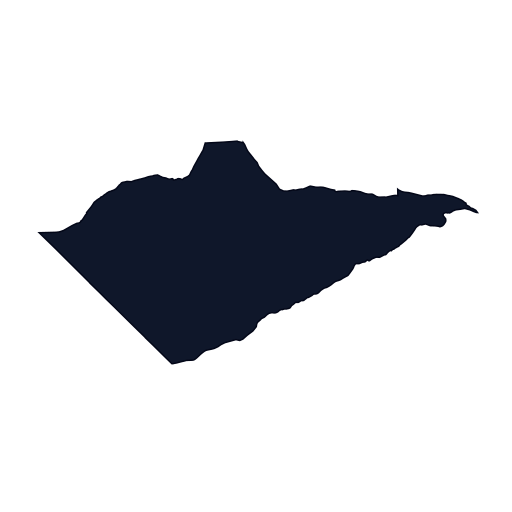 outline of Ixtenco, Tlaxcala, Mexico, rotated 184°
{"feature_id": "50627088B21449588442490", "entity_name": "Ixtenco", "entity_type": "district", "adm_level": 2, "iso_a3": "MEX", "parent_name": "Mexico", "parent_adm1": "Tlaxcala", "projection": "orthographic", "projection_center": [-97.922, 19.26], "detail": "fine", "context": "isolated", "style": "filled", "palette": "ink", "viewbox_px": 512, "rotation_deg": 184, "n_neighbors": 0, "source": "geoboundaries", "source_scale": "gbopen_adm2", "svg_char_len": 6054}
<svg xmlns="http://www.w3.org/2000/svg" viewBox="0 0 512 512"><g transform="rotate(184 256 256)"><path d="M419.8,217.4L409.6,208.8L402.7,202.8L393.7,195.2L371.8,176.4L361.3,167.5L360.7,166.8L352.5,159.9L341.1,150.1L332.4,142.7L331.3,142.8L330.1,143.2L327.7,143.8L325.1,144.7L322.4,145.6L320.7,146.1L318.1,147.0L313.4,147.5L312.0,147.7L310.8,148.0L309.5,148.9L307.9,150.4L306.6,151.8L304.6,154.0L302.6,155.9L301.0,157.3L299.5,158.3L297.8,158.9L293.5,160.1L291.2,160.9L287.6,162.9L284.9,165.1L281.0,167.4L270.2,171.2L266.3,170.6L263.3,172.2L259.2,176.4L253.9,181.0L250.8,185.5L250.6,187.7L250.5,188.4L249.9,189.9L249.2,190.6L247.9,191.9L247.5,192.3L247.2,192.6L246.8,193.1L246.5,193.6L246.0,194.1L245.4,194.4L244.7,194.8L243.5,195.5L242.6,196.4L241.2,198.0L239.1,199.7L236.6,200.5L235.2,200.6L234.6,200.5L233.7,200.5L232.5,200.7L231.2,201.3L229.9,202.2L229.4,202.9L228.1,203.8L227.5,204.2L226.9,204.4L226.3,204.3L225.7,204.4L225.0,204.8L224.0,205.1L223.2,205.3L222.4,205.2L219.6,206.0L218.4,206.7L217.8,207.7L217.1,209.0L215.4,210.4L214.2,211.6L213.4,212.5L210.6,212.7L209.6,213.3L208.5,214.2L207.6,214.7L206.6,214.7L205.3,215.0L204.2,216.1L203.3,216.8L202.8,217.4L202.1,218.0L200.7,218.4L197.5,220.5L196.1,221.9L195.2,222.2L193.9,222.3L192.7,222.6L191.2,223.6L189.0,226.2L187.3,227.6L185.6,228.8L183.3,229.6L181.1,231.0L178.9,232.7L177.9,233.7L176.4,235.1L174.9,236.2L173.5,236.8L172.3,237.2L170.1,238.2L167.7,240.0L162.9,243.1L161.3,245.5L158.7,249.7L158.0,251.3L157.5,253.0L156.9,254.1L156.1,255.3L152.5,255.6L149.6,257.1L148.6,257.4L147.4,257.6L147.0,257.7L146.7,257.9L145.4,259.2L144.9,259.7L144.5,259.8L144.3,259.8L143.5,259.2L142.7,259.1L142.4,259.2L140.6,260.8L139.4,261.6L137.9,262.3L136.8,262.9L136.0,263.2L134.8,263.3L132.9,263.3L132.3,263.5L128.3,266.0L126.7,266.4L125.6,267.7L125.2,268.5L124.5,269.1L124.3,269.4L124.1,269.6L123.3,270.3L122.6,270.7L122.1,270.8L121.3,270.7L120.3,272.0L119.7,272.3L119.0,272.4L118.7,272.8L118.2,273.3L117.1,274.0L115.6,275.0L114.6,275.5L113.9,276.2L113.5,277.0L112.8,277.6L111.8,278.4L108.9,281.2L107.9,282.1L105.6,284.8L104.6,285.4L103.8,286.5L101.6,289.9L99.5,293.5L98.6,295.3L97.6,296.5L95.1,298.5L94.3,298.7L92.8,298.6L91.3,299.1L89.1,299.8L87.6,299.4L85.7,298.8L84.3,298.4L79.9,298.6L77.7,298.5L76.2,298.4L74.6,298.0L73.7,298.3L73.0,298.7L72.0,299.2L70.7,300.7L70.1,301.8L69.3,303.4L69.1,304.2L69.2,305.2L69.4,306.3L70.7,307.8L71.3,308.4L72.2,309.6L72.2,310.5L72.0,311.2L71.4,311.8L69.4,312.7L68.8,312.4L68.1,312.3L67.0,312.6L66.2,312.4L65.5,312.6L65.0,313.0L64.1,313.5L63.6,313.9L63.5,314.2L62.6,314.7L61.8,315.1L60.9,315.6L59.5,316.1L55.4,316.9L51.1,318.0L49.9,317.8L45.9,317.0L44.4,316.5L42.0,315.6L39.3,314.8L38.1,314.8L39.9,316.9L43.2,318.5L44.5,318.7L45.5,319.1L46.2,319.7L47.0,320.4L48.3,320.9L49.9,321.7L50.2,323.3L51.9,324.1L52.9,324.9L55.2,326.2L57.1,326.9L58.3,327.4L59.8,327.8L63.8,329.1L67.2,329.6L68.9,329.7L71.1,330.1L72.9,330.4L80.3,330.0L81.5,329.8L83.3,329.6L84.5,329.2L85.7,328.9L87.8,328.8L89.2,328.6L91.1,327.8L93.9,327.4L105.4,329.5L107.6,329.8L108.2,329.9L112.3,330.0L114.3,330.3L115.2,330.5L118.1,331.7L118.6,332.0L119.3,332.5L118.7,326.0L119.9,326.2L121.0,326.2L122.4,326.0L124.8,325.4L130.1,323.8L131.1,323.7L131.9,323.8L136.9,323.3L137.9,323.3L139.4,323.6L140.4,323.9L142.5,325.0L144.0,325.7L145.2,325.8L148.5,325.5L151.5,325.9L152.5,326.2L153.9,326.6L156.1,327.3L158.3,327.6L161.8,327.9L164.3,327.9L165.1,327.8L165.8,327.3L166.3,327.0L166.7,327.0L167.7,326.9L169.9,327.0L171.9,327.0L173.6,326.8L178.9,326.2L179.4,325.9L179.7,325.8L180.3,325.8L180.8,325.7L181.6,326.2L182.2,326.9L182.2,327.2L186.0,327.6L192.1,328.9L193.9,329.2L194.7,329.2L196.5,329.2L198.9,328.9L201.1,328.8L206.6,329.5L207.3,329.3L210.6,327.5L212.1,326.8L213.7,326.0L215.0,326.0L217.6,325.5L220.1,324.7L221.5,324.4L222.9,324.6L223.6,324.5L225.5,323.9L228.8,323.0L230.0,322.8L231.1,322.8L233.0,322.7L233.5,322.9L237.3,324.3L240.9,329.1L253.0,338.5L256.3,341.9L259.7,345.8L261.4,349.2L264.9,352.6L265.4,353.3L271.2,359.6L272.8,362.0L275.2,366.5L276.7,368.3L276.7,368.1L280.7,368.7L282.6,369.0L282.8,369.3L288.6,368.4L296.5,367.3L312.3,365.4L313.7,365.2L314.5,365.2L316.3,357.4L316.7,356.9L319.1,351.8L320.4,349.3L321.4,347.0L323.8,341.9L324.4,340.5L325.5,337.4L326.4,335.9L327.9,332.1L328.3,331.4L328.6,331.5L329.1,331.0L329.7,330.5L331.5,329.5L333.2,328.6L333.8,328.1L334.1,327.5L334.4,327.3L334.7,327.2L335.1,327.2L336.1,327.4L336.9,327.7L338.7,327.8L339.5,327.6L340.6,326.8L341.0,326.7L342.0,326.5L342.6,326.1L343.1,325.9L343.4,325.9L343.6,326.0L343.9,326.5L344.3,327.1L344.6,327.3L345.1,327.3L345.9,327.1L346.9,326.7L347.3,326.6L347.9,326.6L349.3,326.8L350.7,327.3L351.2,327.5L352.9,327.7L354.1,327.8L355.0,328.0L355.9,328.4L357.1,328.8L358.0,329.2L358.5,329.5L359.1,329.7L359.9,329.9L360.2,330.0L360.7,329.7L361.9,329.6L362.6,329.4L363.5,329.2L364.9,328.5L365.2,328.4L366.3,328.3L368.8,327.6L370.3,327.0L370.9,326.7L371.9,326.3L372.8,325.9L373.6,325.7L376.1,324.8L377.6,324.4L379.2,323.8L381.2,323.2L382.7,322.7L383.4,322.3L384.5,321.9L385.0,321.6L385.4,321.4L388.5,321.4L388.8,321.4L389.9,321.4L390.5,321.2L392.0,320.7L392.5,320.6L394.3,320.1L395.2,319.6L395.5,319.3L396.1,318.4L396.6,317.8L397.0,317.5L397.4,317.2L397.9,316.3L398.4,315.8L399.2,314.6L399.6,314.1L400.0,313.8L400.1,313.6L400.3,313.2L400.7,312.9L400.9,312.9L401.9,312.1L402.6,311.8L403.3,311.4L404.4,311.0L404.9,310.6L405.3,310.5L406.2,310.2L407.2,309.8L408.7,308.7L409.3,308.3L409.6,307.9L410.3,307.3L411.3,306.6L412.1,305.9L413.1,304.8L414.0,304.3L414.6,304.1L415.0,303.8L415.8,302.8L416.1,302.4L417.2,301.9L417.4,301.7L417.7,301.3L417.9,301.1L418.4,300.9L419.9,299.4L420.3,299.1L421.2,298.2L421.6,297.5L422.6,295.6L424.1,293.1L428.0,287.6L428.1,287.2L428.0,286.7L427.8,286.5L427.8,286.3L427.8,286.0L428.2,285.8L428.9,285.1L430.8,281.6L431.7,280.1L431.9,279.7L432.9,278.9L433.2,278.6L433.3,278.4L433.4,277.8L433.7,277.3L434.6,276.8L435.1,276.5L437.0,276.1L441.4,273.6L449.8,268.0L453.9,266.3L457.1,265.7L466.4,264.8L473.9,264.1L456.3,249.2L446.5,240.7L420.6,218.3L419.8,217.4Z" fill="#0f172a" stroke="#020617" stroke-width="1.5"/></g></svg>